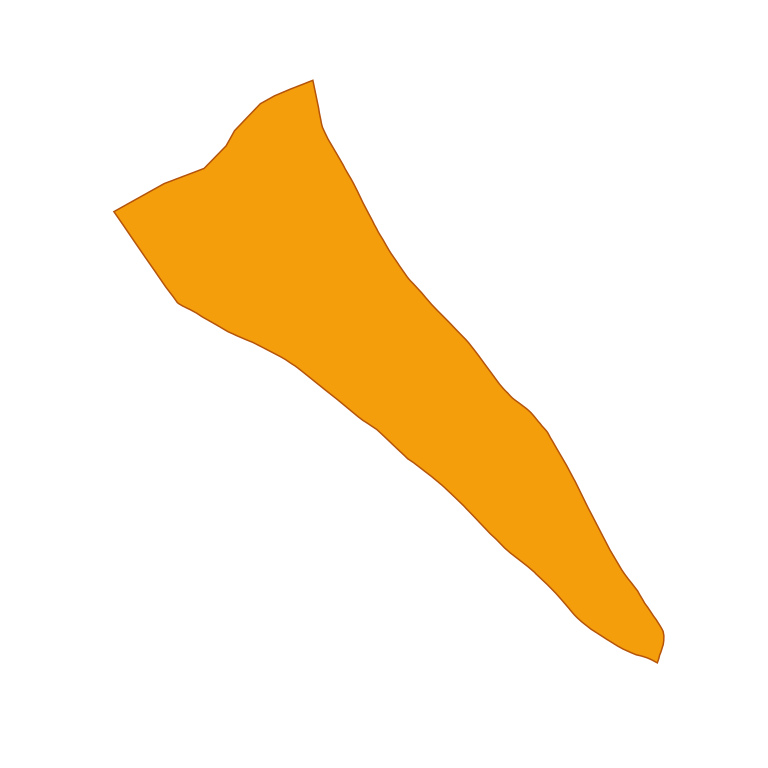 the district of Cu Lao Dung, Sóc Trăng, Vietnam, rotated 173°
{"feature_id": "81297802B41374649859024", "entity_name": "Cu Lao Dung", "entity_type": "district", "adm_level": 2, "iso_a3": "VNM", "parent_name": "Vietnam", "parent_adm1": "Sóc Trăng", "projection": "natural_earth1", "projection_center": [106.173, 9.63], "detail": "fine", "context": "isolated", "style": "filled", "palette": "amber", "viewbox_px": 768, "rotation_deg": 173, "n_neighbors": 0, "source": "geoboundaries", "source_scale": "gbopen_adm2", "svg_char_len": 2674}
<svg xmlns="http://www.w3.org/2000/svg" viewBox="0 0 768 768"><g transform="rotate(173 384 384)"><path d="M146.7,73.9L144.7,78.0L143.5,81.2L141.8,84.3L138.6,91.4L137.6,95.2L136.9,99.9L137.1,104.4L138.1,107.2L139.8,111.1L142.6,117.0L144.7,120.7L149.2,129.7L150.6,132.2L151.9,134.5L153.7,138.8L156.1,144.2L157.4,147.5L162.2,155.7L165.5,161.0L168.5,166.3L170.7,170.6L179.8,191.4L186.7,209.9L193.4,228.0L196.5,236.2L206.1,263.9L207.1,266.3L212.8,281.2L220.2,298.3L223.8,306.9L225.3,310.2L226.7,313.9L227.6,316.1L228.6,317.8L230.3,320.3L232.5,323.4L233.6,325.3L235.5,328.1L236.8,330.2L239.1,333.9L241.7,337.7L243.6,340.0L245.5,342.1L249.2,345.7L252.5,348.9L254.9,351.1L256.7,352.8L258.4,354.6L259.9,356.5L261.4,358.6L262.4,360.1L263.6,361.5L265.1,363.5L266.2,365.0L269.5,370.0L273.3,376.8L277.8,384.8L282.2,392.6L286.4,400.2L290.5,407.2L295.1,414.8L297.3,418.0L300.6,422.3L303.8,426.5L306.0,429.4L309.1,433.6L312.3,437.9L314.7,441.0L318.8,446.3L321.8,450.1L327.1,457.2L332.2,464.8L335.4,469.8L338.0,473.4L341.0,477.6L343.2,480.6L345.1,483.1L346.1,484.5L346.9,485.8L348.1,487.8L349.4,490.3L351.6,494.4L352.8,496.7L354.3,499.5L356.0,503.0L359.0,508.7L361.1,512.7L362.6,515.9L365.0,521.5L367.4,527.3L369.9,532.7L371.2,535.6L372.4,539.0L374.3,543.7L375.4,547.0L377.2,551.7L378.4,554.8L382.8,566.5L387.0,579.0L389.9,587.0L391.9,592.0L393.2,594.9L396.3,602.1L397.8,606.3L401.3,614.5L405.7,624.7L409.7,633.9L412.6,642.4L413.8,646.3L414.3,649.8L414.6,654.6L415.1,660.7L415.2,663.0L415.3,666.0L417.6,694.1L441.4,688.0L457.5,683.4L472.5,677.3L486.4,666.0L501.4,653.7L511.7,639.6L536.3,619.9L577.8,609.7L631.1,588.0L624.0,574.5L615.2,557.4L606.5,540.7L605.8,539.3L598.0,524.6L588.9,507.1L582.3,495.8L579.2,490.0L577.9,488.7L574.0,485.7L567.0,481.2L561.5,477.3L556.5,473.0L542.2,462.4L532.7,455.1L523.6,449.5L519.6,447.2L514.8,444.4L509.0,441.2L502.8,437.0L494.6,431.4L487.6,426.6L486.3,425.7L483.5,423.8L479.1,420.5L474.2,416.2L473.4,415.5L472.3,414.6L470.3,413.0L468.3,411.1L464.5,407.3L459.5,402.2L453.2,395.7L443.3,385.5L432.2,374.3L413.7,354.7L409.4,350.5L404.3,346.3L401.6,343.9L399.1,341.8L396.6,339.6L392.7,335.0L387.4,328.6L382.1,322.1L376.8,315.7L372.6,310.7L369.6,306.9L364.4,302.5L353.9,292.1L348.2,286.5L338.4,276.1L329.9,265.9L319.5,253.1L317.6,250.4L310.5,241.0L305.6,234.3L296.7,222.3L291.7,216.4L284.3,206.6L279.1,200.8L263.9,185.7L257.5,178.7L256.6,177.4L256.4,177.1L246.5,165.2L239.2,155.7L233.7,147.7L227.6,138.5L227.1,137.6L223.5,132.1L220.7,128.4L216.7,123.8L208.5,115.5L205.0,112.6L194.1,103.5L183.5,95.0L182.3,94.2L179.2,91.9L171.8,87.4L166.7,84.5L162.0,82.8L159.3,81.6L155.9,80.0L152.1,77.7L146.7,73.9Z" fill="#f59e0b" stroke="#b45309" stroke-width="1.5"/></g></svg>